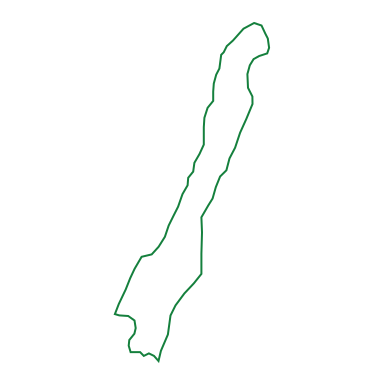 outline of Borgholm, Kalmar, Sweden
{"feature_id": "70781695B15457803066593", "entity_name": "Borgholm", "entity_type": "district", "adm_level": 2, "iso_a3": "SWE", "parent_name": "Sweden", "parent_adm1": "Kalmar", "projection": "orthographic", "projection_center": [16.858, 57.026], "detail": "fine", "context": "isolated", "style": "outline", "palette": "green", "viewbox_px": 384, "rotation_deg": 0, "n_neighbors": 0, "source": "geoboundaries", "source_scale": "gbopen_adm2", "svg_char_len": 1042}
<svg xmlns="http://www.w3.org/2000/svg" viewBox="0 0 384 384"><path d="M158.5,361.0L160.9,350.9L167.9,334.5L170.5,315.5L175.5,305.4L184.4,293.4L193.8,283.4L201.4,273.9L201.4,253.8L202.0,232.4L201.4,217.3L208.3,205.4L212.6,198.5L215.8,187.2L220.1,176.5L226.4,170.3L229.5,158.4L235.1,147.7L240.1,132.7L246.3,119.0L252.5,104.0L252.4,96.5L248.0,87.8L247.4,74.1L249.8,65.3L253.6,59.1L259.2,56.0L267.2,53.4L269.1,47.8L267.8,38.5L265.3,33.6L261.5,25.5L254.1,23.0L243.5,28.7L233.0,40.5L226.8,46.1L223.7,52.3L221.2,54.8L219.4,68.5L216.2,74.7L213.8,83.5L213.2,91.6L213.2,100.9L207.6,107.8L204.4,117.8L203.8,127.2L203.8,144.6L199.5,154.0L194.4,162.8L193.2,171.6L188.2,177.8L187.6,185.3L182.5,194.1L178.1,206.7L173.7,215.4L168.7,225.5L164.9,236.8L158.6,246.8L151.7,254.4L141.6,256.8L134.6,268.8L130.2,278.2L125.7,289.5L118.8,304.0L114.9,314.1L119.3,315.4L128.2,316.0L134.5,320.5L135.7,328.1L134.4,333.7L129.3,340.0L128.7,345.7L130.6,352.1L140.1,352.1L143.8,355.9L148.9,353.4L154.0,355.9L158.5,361.0Z" fill="none" stroke="#15803d" stroke-width="2"/></svg>